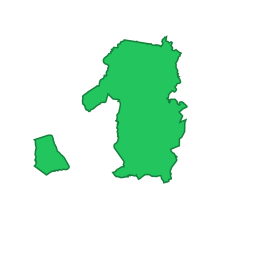 Huehuetlán el Chico, Puebla, Mexico, rotated 44°
{"feature_id": "50627088B51636032472244", "entity_name": "Huehuetlán el Chico", "entity_type": "district", "adm_level": 2, "iso_a3": "MEX", "parent_name": "Mexico", "parent_adm1": "Puebla", "projection": "orthographic", "projection_center": [-98.73, 18.359], "detail": "fine", "context": "isolated", "style": "filled", "palette": "green", "viewbox_px": 256, "rotation_deg": 44, "n_neighbors": 0, "source": "geoboundaries", "source_scale": "gbopen_adm2", "svg_char_len": 5728}
<svg xmlns="http://www.w3.org/2000/svg" viewBox="0 0 256 256"><g transform="rotate(44 128 128)"><path d="M99.3,36.0L98.5,38.1L98.1,38.3L97.5,38.1L96.8,38.1L94.9,39.0L94.6,38.8L92.3,35.6L92.1,36.4L91.3,37.3L91.6,37.9L91.7,38.6L91.4,40.5L91.9,40.9L92.2,42.2L93.2,42.4L94.3,42.9L94.3,43.2L95.0,44.6L94.9,45.4L95.1,46.2L94.9,46.2L94.7,46.8L94.0,46.8L93.7,46.5L91.5,47.9L91.5,48.6L90.7,48.5L90.5,48.8L89.8,49.4L89.7,50.0L89.0,50.5L88.6,51.2L87.1,51.5L86.1,51.4L85.8,51.7L85.7,52.1L83.9,53.4L83.9,54.1L83.3,53.8L75.3,59.4L74.2,59.5L74.1,60.2L64.1,67.3L64.4,68.1L64.3,68.6L64.0,69.4L63.5,70.0L63.5,70.6L63.1,70.9L63.0,71.3L63.7,72.5L63.8,73.1L63.4,73.4L62.7,74.9L63.1,75.6L64.2,76.4L64.6,77.0L64.6,77.4L63.0,79.0L62.6,79.2L61.8,79.9L61.7,80.3L62.3,81.1L62.1,82.0L61.6,82.9L62.0,83.0L63.1,82.7L63.2,82.9L62.7,84.1L62.5,85.0L63.6,85.8L63.6,86.3L62.7,87.8L63.0,91.0L62.7,92.0L62.4,94.4L62.8,95.4L63.2,96.1L63.1,96.4L64.6,97.5L65.8,97.8L67.3,97.6L68.5,96.9L69.4,96.7L70.8,96.6L71.3,97.0L71.8,98.7L72.1,99.3L72.6,99.7L73.3,100.0L73.5,100.4L73.3,101.3L73.3,102.0L74.3,103.7L75.0,104.5L75.9,104.5L76.2,105.2L76.0,105.9L75.8,106.2L74.7,106.3L74.4,106.6L75.4,108.1L75.9,109.5L75.5,110.5L75.0,111.5L74.9,112.7L75.3,113.7L76.2,115.5L77.6,117.2L77.8,117.9L77.8,118.4L77.4,118.7L76.9,118.7L76.3,119.9L76.4,120.6L74.2,129.7L74.1,131.3L73.5,134.2L73.3,136.5L73.6,137.0L75.2,138.0L75.6,139.2L77.7,141.3L78.7,142.1L79.6,141.9L81.3,142.1L82.0,142.4L83.6,143.4L84.6,143.6L85.2,144.0L85.5,143.6L86.6,143.4L87.0,143.3L87.2,143.0L88.2,143.3L88.4,143.2L88.8,142.9L89.0,142.4L88.8,141.9L88.7,140.6L88.9,139.9L89.6,138.5L90.2,132.8L91.2,129.8L90.9,129.4L91.1,128.2L91.7,127.4L92.3,127.0L92.7,126.2L93.4,125.9L93.7,125.2L93.8,124.5L90.0,117.4L97.0,117.5L101.9,113.8L102.0,114.8L102.4,115.7L103.4,114.8L104.9,115.2L106.3,116.5L107.8,118.6L110.5,123.1L110.9,124.3L110.8,125.0L110.9,126.1L111.3,126.6L112.3,127.2L114.4,130.0L114.5,130.4L114.2,131.1L114.5,131.3L114.8,131.2L116.0,130.4L116.6,130.2L117.2,130.5L117.4,130.7L117.3,131.0L116.9,131.5L117.4,132.1L118.1,131.9L118.3,132.0L117.9,132.9L118.8,133.7L119.9,135.7L120.4,135.9L120.9,135.6L121.3,135.7L121.9,136.3L122.1,136.6L122.4,137.7L123.7,138.4L123.6,138.8L124.0,139.0L124.6,139.1L125.0,139.7L126.0,140.3L126.4,141.3L126.7,141.4L127.6,141.2L128.0,141.6L128.5,142.6L129.0,143.3L130.1,145.7L129.7,149.2L129.9,150.0L130.8,150.9L131.7,151.7L148.6,154.9L149.3,156.0L150.0,157.5L150.5,157.6L152.0,158.5L150.7,159.8L150.5,160.7L150.0,161.6L149.8,163.1L149.1,165.3L149.0,166.6L149.2,168.1L149.1,168.7L147.9,170.6L151.1,171.2L153.5,171.1L154.1,170.2L155.6,169.4L156.3,169.2L157.8,168.3L158.9,166.7L159.6,165.9L159.7,164.8L160.5,164.5L161.1,164.0L160.9,163.6L161.0,163.3L161.8,163.2L162.1,162.9L161.9,162.6L161.1,162.8L161.0,162.3L161.6,161.4L162.5,160.9L161.8,160.3L162.0,160.1L162.8,160.2L163.6,159.3L164.9,158.4L165.5,158.3L166.0,157.8L166.4,157.4L166.7,156.0L167.8,156.8L168.6,156.7L169.4,156.8L170.8,157.5L171.3,157.4L171.8,155.7L171.9,153.7L172.6,150.1L173.2,149.1L174.8,147.5L176.4,146.5L178.9,146.1L179.2,145.7L180.9,144.1L182.1,143.3L183.0,141.6L184.3,139.7L184.9,139.6L185.5,139.8L187.2,141.0L188.0,141.3L188.6,141.2L189.6,141.5L190.2,141.5L191.8,142.5L194.1,138.7L194.3,137.7L193.5,137.2L193.2,136.2L193.5,135.7L194.3,135.0L194.4,134.4L194.1,134.1L192.2,133.1L191.4,132.3L190.7,131.9L190.6,131.6L190.9,131.2L190.7,130.9L189.0,130.5L188.5,130.1L186.7,125.9L185.7,117.9L185.3,117.2L184.8,116.8L182.4,115.8L183.3,114.8L183.2,114.7L181.5,114.9L180.0,114.7L179.3,114.4L178.6,114.3L177.5,114.9L175.2,114.7L174.8,114.6L174.2,114.0L173.6,113.9L173.5,113.5L177.2,105.1L172.5,100.1L172.8,99.1L173.0,97.1L171.2,91.2L165.5,85.1L163.9,81.8L161.3,87.8L158.9,81.4L153.6,81.0L153.9,79.7L154.3,75.7L155.7,72.2L155.6,71.7L155.1,71.4L153.6,71.4L152.7,71.3L151.7,71.6L150.5,71.3L150.3,71.7L149.8,71.8L148.8,71.7L147.4,73.1L147.3,74.0L147.8,74.6L149.1,75.3L149.0,75.9L147.5,76.2L146.6,76.2L145.7,75.6L145.5,75.1L145.0,74.9L142.2,74.7L141.6,74.8L140.8,75.9L139.4,77.0L138.9,77.6L138.7,78.2L140.1,80.1L140.4,80.6L140.2,81.1L139.8,81.2L139.3,81.1L138.5,80.4L137.8,79.3L137.5,79.1L136.5,79.4L135.9,79.9L135.6,79.9L135.5,79.7L135.5,79.3L135.9,78.8L135.7,77.8L134.1,75.8L133.8,73.3L134.0,73.0L134.0,72.5L133.9,71.0L134.0,70.5L134.6,70.2L136.1,70.0L136.5,69.7L136.6,69.0L136.4,67.1L136.1,66.6L135.8,66.4L133.4,66.1L133.0,65.6L133.3,64.0L132.7,62.6L132.6,61.9L133.2,60.9L133.8,60.3L134.1,59.7L134.1,59.2L133.8,58.3L131.4,57.0L129.3,56.7L129.2,55.7L128.2,56.3L127.9,56.4L127.4,55.2L126.9,54.9L126.2,54.9L126.5,54.1L126.3,53.9L125.5,54.0L124.9,53.8L124.6,53.6L124.1,52.4L122.6,51.7L121.4,51.6L120.2,50.8L118.6,49.0L117.3,48.3L117.2,47.0L116.8,45.9L116.7,45.1L116.3,44.1L115.7,43.8L115.6,42.8L115.1,42.3L115.0,41.5L115.3,39.9L115.0,39.6L114.5,39.4L114.2,37.3L113.8,37.2L112.9,37.9L109.3,38.3L109.2,38.4L108.1,38.3L107.7,40.0L105.8,41.3L105.2,40.9L105.0,41.0L104.7,39.8L104.3,39.3L101.7,39.0L101.6,37.9L100.9,36.9L100.5,35.9L99.3,36.0ZM83.2,215.4L83.5,215.1L83.9,215.1L84.2,215.4L84.4,216.1L85.4,216.0L85.6,216.6L86.0,216.8L86.6,217.5L87.1,218.2L87.1,220.4L102.0,218.4L102.9,213.5L103.3,212.6L103.3,212.1L104.2,211.1L104.3,210.4L105.1,210.1L105.1,209.4L105.7,209.1L105.5,208.6L105.8,208.1L107.3,207.4L107.5,206.4L107.3,206.3L107.6,205.4L109.2,204.7L110.3,202.5L112.4,200.9L113.0,199.7L113.1,197.8L112.7,196.9L112.2,196.5L102.7,193.6L101.2,193.7L100.1,193.4L99.0,193.8L95.5,193.4L93.3,193.7L91.7,192.9L90.1,191.8L85.3,190.2L84.5,189.5L83.3,189.0L81.4,187.6L79.5,186.7L78.6,186.4L77.9,186.5L75.7,188.5L68.8,201.5L69.9,201.4L70.3,201.6L73.0,204.2L75.3,205.6L75.9,206.2L76.7,207.7L77.1,208.1L77.5,209.0L78.3,209.8L79.4,211.3L79.9,211.8L81.1,212.2L82.0,212.7L82.9,214.5L83.2,215.4Z" fill="#22c55e" stroke="#15803d" stroke-width="1.5"/></g></svg>